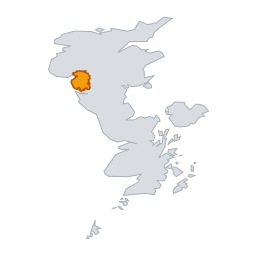 Lincolnshire on a map of United Kingdom (Natural Earth projection), rotated 181°
{"feature_id": "GBR-2081", "entity_name": "Lincolnshire", "entity_type": "Administrative County", "adm_level": 1, "iso_a3": "GBR", "parent_name": "United Kingdom", "parent_adm1": "", "projection": "natural_earth1", "projection_center": [-0.294, 53.122], "detail": "fine", "context": "in_parent", "style": "filled", "palette": "amber", "viewbox_px": 256, "rotation_deg": 181, "n_neighbors": 0, "source": "natural_earth", "source_scale": "10m", "svg_char_len": 5680}
<svg xmlns="http://www.w3.org/2000/svg" viewBox="0 0 256 256"><g transform="rotate(181 128 128)"><path d="M139.6,203.2L125.3,210.6L120.9,210.1L115.5,206.3L109.9,206.8L112.3,204.9L107.4,203.2L98.9,205.6L95.2,203.9L93.1,200.2L111.6,190.8L114.4,186.3L112.8,184.9L112.6,178.5L103.0,180.8L109.9,173.7L118.2,170.2L125.4,169.4L129.1,171.2L128.0,168.4L129.7,167.7L132.0,170.3L134.8,170.2L129.7,166.0L132.1,161.4L130.1,159.0L132.5,156.6L133.1,152.1L128.3,153.1L121.5,144.0L123.6,139.7L130.6,136.0L122.3,136.1L115.7,139.5L110.9,138.2L106.6,140.0L101.8,138.2L100.2,141.4L96.7,137.9L96.1,135.3L98.0,135.2L104.4,124.6L101.0,120.5L102.2,115.8L106.1,115.6L102.0,113.3L102.7,111.1L96.0,116.6L95.9,113.0L99.6,109.5L93.3,113.9L93.1,119.1L90.2,126.9L86.8,127.5L91.3,118.4L89.4,118.2L91.0,109.2L96.9,98.7L89.3,103.4L81.8,99.6L88.3,96.8L86.2,95.8L90.6,91.7L91.2,89.0L87.6,86.0L87.5,84.2L91.1,82.6L88.5,80.1L90.8,75.8L98.0,75.8L94.0,72.0L95.3,68.5L100.5,68.0L99.3,65.6L100.6,61.9L109.7,63.0L131.5,60.5L128.9,66.9L116.5,74.2L115.7,76.4L118.5,77.1L114.0,82.0L127.4,79.3L146.7,79.4L149.9,81.3L151.3,84.1L139.7,101.2L126.7,106.8L133.5,106.1L137.2,107.8L136.8,109.1L125.7,113.8L118.9,112.4L130.7,115.3L137.9,113.8L145.2,116.3L153.0,123.2L159.7,141.1L168.8,145.3L178.3,153.3L176.3,155.3L181.5,163.9L175.3,161.3L168.9,161.5L174.9,162.2L184.1,169.7L185.5,173.3L180.4,178.7L184.3,180.7L188.8,177.4L200.5,178.3L206.8,181.9L208.3,185.5L205.9,195.2L200.0,198.3L200.7,201.0L192.1,203.4L194.5,204.3L194.4,206.8L186.7,209.0L203.1,211.1L202.8,215.0L197.0,217.8L195.6,220.4L183.1,223.9L166.7,223.8L156.3,221.0L157.6,222.6L146.1,224.7L147.2,226.7L146.0,227.3L130.0,224.8L123.3,226.6L118.6,235.0L110.1,231.7L101.1,233.9L94.5,239.3L85.6,238.4L98.5,228.7L103.8,223.6L104.8,219.3L108.6,218.3L110.5,214.8L127.9,214.5L139.6,203.2ZM81.9,154.7L71.7,154.6L71.8,152.4L66.1,147.3L60.8,153.0L56.2,152.8L52.2,151.3L47.7,146.3L54.2,143.4L51.7,141.2L57.6,139.8L60.6,134.4L63.2,133.1L65.1,134.0L67.7,131.2L75.3,130.0L80.9,130.5L87.3,138.8L84.5,142.4L89.3,142.0L91.1,145.4L90.8,146.6L87.8,144.3L88.0,147.8L89.6,148.1L88.7,150.1L85.2,150.9L81.9,154.7ZM81.8,66.0L79.7,69.5L76.0,71.5L78.0,73.0L69.4,78.5L67.5,77.2L71.1,74.9L68.0,73.3L69.2,72.4L67.6,71.4L68.6,68.9L73.4,69.5L72.7,67.3L81.3,63.2L81.8,66.0ZM82.1,83.5L82.1,87.4L89.5,89.1L84.3,92.9L83.7,89.7L79.1,89.6L72.3,84.7L78.8,80.2L82.1,83.5ZM158.3,20.8L161.5,24.6L163.1,24.1L159.2,35.4L159.4,29.9L153.6,27.3L158.1,26.3L155.1,23.1L158.3,20.8ZM87.2,107.2L78.6,108.3L81.5,104.2L78.7,102.6L82.2,101.1L87.6,104.2L87.2,107.2ZM109.3,167.9L113.6,170.3L108.2,173.9L105.4,171.2L105.2,168.6L109.3,167.9ZM81.3,115.8L81.8,121.4L78.3,122.4L78.5,118.8L75.4,120.6L76.7,117.3L81.3,115.8ZM131.7,51.1L131.3,53.0L136.1,54.0L129.8,54.8L126.9,52.7L128.6,50.2L131.7,51.1ZM97.5,125.7L93.9,125.0L93.3,121.2L96.3,120.7L97.5,125.7ZM162.1,225.4L159.0,227.6L153.8,225.9L158.0,223.6L162.1,225.4ZM83.8,118.1L82.2,116.5L87.9,111.9L86.7,114.2L83.8,118.1ZM65.4,79.8L67.2,81.0L65.7,82.9L60.5,81.5L65.4,79.8ZM64.3,91.4L62.2,91.1L61.9,86.0L64.2,86.2L64.3,91.4ZM163.3,22.7L161.4,20.9L162.5,18.6L164.1,19.3L163.3,22.7ZM136.7,49.3L135.4,49.8L131.7,46.6L132.9,46.1L136.7,49.3ZM129.8,57.3L128.0,57.5L126.2,54.9L128.1,55.0L129.8,57.3ZM167.4,16.7L166.6,19.3L165.1,19.0L165.2,16.8L167.4,16.7ZM141.4,47.6L137.8,48.5L141.8,47.1L141.4,47.6ZM79.6,94.5L78.5,94.7L77.2,93.4L79.0,92.8L79.6,94.5ZM134.0,56.6L132.7,58.0L131.8,56.7L134.0,56.6ZM75.4,101.4L73.1,102.1L76.1,100.6L75.4,101.4ZM61.5,94.5L60.1,94.8L59.5,94.4L60.9,93.4L61.5,94.5Z" fill="#d9dde1" stroke="#a8b0b8" stroke-width="1"/><path d="M180.0,165.7L181.2,166.5L181.5,166.6L181.8,166.6L182.1,166.7L182.4,167.0L182.5,167.3L182.5,167.5L182.8,167.6L183.2,167.9L183.1,168.0L183.4,168.2L183.7,168.5L183.8,168.8L183.9,169.1L185.3,171.9L185.5,172.7L185.5,173.6L185.2,174.7L185.1,174.9L184.9,174.9L184.6,175.0L184.3,175.1L182.8,176.3L182.5,176.4L182.3,176.5L181.0,178.0L180.7,178.3L180.3,178.4L180.0,178.5L179.8,178.8L179.8,179.1L180.3,179.1L181.2,178.9L181.4,179.0L181.9,179.3L182.1,179.4L182.5,179.6L183.3,180.6L183.7,181.0L184.0,180.8L184.0,181.4L184.2,181.7L184.2,181.8L183.0,182.5L182.5,182.5L182.1,182.5L181.3,182.8L180.7,182.9L180.5,183.0L180.6,183.6L180.5,183.9L180.2,184.1L179.7,184.1L178.9,183.9L178.3,184.0L178.0,184.0L177.4,184.3L177.1,184.1L176.7,184.2L176.4,183.9L175.4,184.1L174.5,183.7L173.1,184.3L172.5,184.3L172.0,184.2L171.6,184.3L171.3,184.2L171.6,184.0L172.3,183.8L172.8,183.5L172.9,183.3L171.2,182.8L171.1,182.5L170.5,182.1L170.1,182.2L169.7,182.0L169.0,182.0L168.8,181.6L168.6,180.7L168.4,180.5L168.1,179.9L167.8,179.5L167.3,179.4L167.4,179.2L167.2,178.9L167.5,178.2L167.2,177.9L167.1,177.5L166.8,177.0L166.9,176.6L167.3,176.3L167.6,175.9L168.4,175.6L168.3,175.2L168.0,174.9L168.2,174.7L168.0,174.4L168.1,174.2L168.1,173.7L168.1,173.3L167.6,173.3L167.5,173.1L167.7,172.7L168.1,172.6L168.4,172.4L168.8,172.4L169.0,172.1L169.3,171.8L169.2,171.6L168.9,171.8L168.6,171.6L168.2,171.6L167.8,171.9L167.0,171.8L167.1,170.8L167.5,170.2L167.5,169.9L167.2,169.1L167.0,168.9L166.9,168.9L166.9,168.7L167.0,168.5L167.0,168.4L166.8,167.9L166.6,167.7L166.7,167.2L167.2,166.8L167.5,166.5L167.6,165.9L169.6,166.1L169.7,166.5L169.5,167.0L169.8,167.2L170.4,167.2L171.4,167.0L172.0,166.8L172.1,166.7L172.2,166.1L173.2,166.0L173.3,165.9L173.3,165.7L173.1,165.6L171.9,165.5L171.9,165.4L172.9,164.8L173.9,165.1L174.3,165.0L174.9,164.5L174.9,164.1L175.0,164.0L175.8,164.3L176.3,164.8L176.9,164.9L176.9,165.0L176.4,165.5L176.7,166.2L176.6,166.7L177.0,167.0L177.3,167.2L177.4,167.5L177.8,167.7L178.0,167.7L178.5,167.4L178.2,167.2L178.7,166.0L178.9,165.9L179.3,165.9L179.7,165.9L179.9,165.8L179.9,165.7L180.0,165.7L180.0,165.7Z" fill="#f59e0b" stroke="#b45309" stroke-width="1.5"/></g></svg>